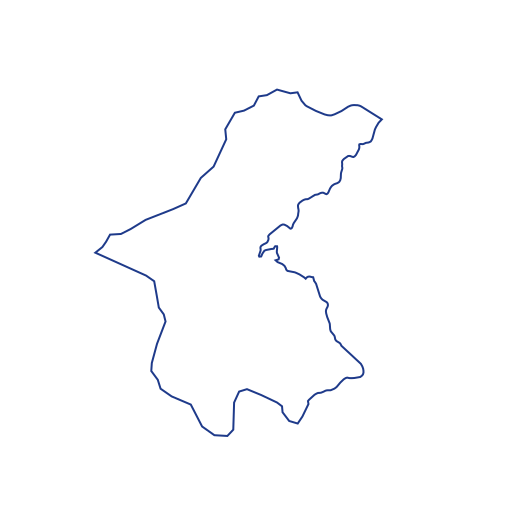 the border of Kouroussa, rotated 205°
{"feature_id": "GIN-5647", "entity_name": "Kouroussa", "entity_type": "Prefecture", "adm_level": 1, "iso_a3": "GIN", "parent_name": "Guinea", "parent_adm1": "", "projection": "orthographic", "projection_center": [-10.311, 10.531], "detail": "fine", "context": "isolated", "style": "outline", "palette": "blue", "viewbox_px": 512, "rotation_deg": 205, "n_neighbors": 0, "source": "natural_earth", "source_scale": "10m", "svg_char_len": 3387}
<svg xmlns="http://www.w3.org/2000/svg" viewBox="0 0 512 512"><g transform="rotate(205 256 256)"><path d="M287.5,421.9L280.4,416.0L275.0,413.5L273.3,413.2L263.0,412.8L253.6,413.3L250.5,413.9L248.3,414.7L247.5,415.1L246.9,415.5L244.6,417.7L239.8,423.5L235.7,430.1L233.8,432.3L232.7,433.2L231.0,434.2L227.6,435.6L225.6,436.0L223.9,436.0L199.7,433.0L201.2,428.6L201.7,423.7L201.7,420.9L200.1,411.6L200.2,409.6L200.4,408.3L201.0,407.5L201.6,406.8L202.3,406.2L204.2,405.0L205.8,403.1L206.5,402.5L208.6,401.7L209.5,400.9L209.4,400.2L209.0,399.5L208.5,398.7L208.1,397.7L207.8,396.1L208.1,389.9L208.7,388.0L209.5,386.9L210.6,386.6L213.0,386.4L214.0,386.0L214.8,385.5L217.3,381.2L217.8,379.7L218.0,378.4L217.7,377.4L216.7,375.7L216.0,373.8L214.9,372.2L214.6,371.2L214.1,367.6L213.8,366.5L212.1,362.4L211.7,360.3L211.8,359.2L211.9,358.4L212.3,357.6L213.2,356.3L214.8,354.8L215.7,353.7L216.8,351.7L217.2,350.1L217.4,348.4L217.3,344.0L217.6,342.7L218.3,341.8L219.3,341.7L221.2,341.8L222.1,341.7L223.0,341.2L223.7,340.7L224.4,340.0L225.0,339.3L225.5,338.5L226.2,337.8L228.4,336.3L232.5,330.1L233.3,329.3L235.0,328.4L236.1,327.4L237.3,325.9L239.0,322.8L239.4,321.1L239.4,319.8L239.0,318.9L238.0,317.2L237.4,316.5L236.4,314.8L235.5,311.7L235.1,310.7L234.9,309.3L234.8,307.4L235.7,301.7L235.7,299.9L235.4,298.6L235.3,296.8L235.7,295.8L236.4,295.3L240.4,296.3L242.8,296.4L244.1,296.3L245.3,295.7L246.7,294.0L252.8,281.4L253.3,279.5L253.1,278.6L252.5,277.9L251.9,276.9L251.6,275.7L251.6,273.6L252.0,272.4L252.9,271.2L254.0,269.9L255.5,267.5L255.7,266.1L255.4,265.1L254.8,264.3L254.4,263.5L254.1,262.7L253.5,257.4L252.7,256.8L251.1,257.8L251.2,261.0L250.6,264.4L249.5,265.6L245.0,268.9L243.7,269.6L243.0,270.2L243.0,271.6L242.7,273.0L241.0,273.7L240.5,272.9L239.1,269.0L238.4,267.7L234.4,264.2L234.1,262.5L236.4,260.4L233.9,259.6L228.8,259.8L226.0,259.1L224.0,257.7L222.8,256.4L221.2,255.8L214.0,257.6L212.4,257.7L208.8,257.7L203.4,257.0L201.4,256.4L200.9,258.1L200.0,259.3L198.6,260.1L196.8,260.4L195.2,260.9L192.7,257.9L191.7,257.4L189.8,256.2L181.0,246.6L179.9,245.7L178.6,245.0L177.2,244.5L173.0,244.1L172.0,243.9L171.2,243.4L170.5,242.7L169.9,241.5L169.7,240.2L169.8,238.3L169.7,236.8L169.3,235.5L168.1,233.6L165.7,230.8L161.0,226.3L160.4,225.6L157.9,221.1L157.1,220.1L156.3,219.3L151.5,217.0L150.7,216.3L148.9,213.9L147.8,213.2L146.8,212.9L144.0,212.6L143.0,212.4L142.1,211.9L140.6,210.7L115.4,202.6L113.0,200.9L111.3,199.2L110.1,197.4L109.3,195.7L109.0,193.8L109.5,192.1L110.4,190.4L115.3,187.0L117.9,185.6L119.8,184.8L122.0,184.3L123.2,183.2L124.4,181.3L126.1,176.9L127.5,171.6L128.1,170.3L128.9,168.9L131.5,166.0L132.1,165.6L133.9,164.8L135.0,164.2L136.1,163.3L137.5,161.5L139.3,159.6L140.9,158.6L141.8,158.2L143.0,156.9L144.3,155.0L147.2,148.1L147.6,146.5L145.9,144.0L146.1,130.1L147.4,121.8L156.2,120.5L165.9,125.6L168.9,130.8L175.0,132.1L192.5,132.2L207.9,131.5L214.0,126.0L213.9,113.9L203.2,89.0L205.9,80.8L218.0,76.0L232.8,78.7L252.3,93.8L273.1,93.1L286.4,95.4L292.7,102.3L302.3,107.5L305.2,115.0L308.6,134.6L310.3,158.4L314.9,164.1L322.3,168.2L329.1,178.0L337.6,190.1L347.3,191.8L403.0,191.1L399.0,199.2L397.9,205.6L397.3,213.7L387.7,218.9L380.9,227.6L371.3,242.1L350.9,263.5L341.8,274.0L339.0,303.5L332.2,319.1L332.3,349.2L337.4,357.8L335.7,376.9L328.3,382.7L321.5,391.4L321.0,401.8L314.1,406.4L307.3,415.7L293.6,418.0L287.5,421.9Z" fill="none" stroke="#1e3a8a" stroke-width="2"/></g></svg>